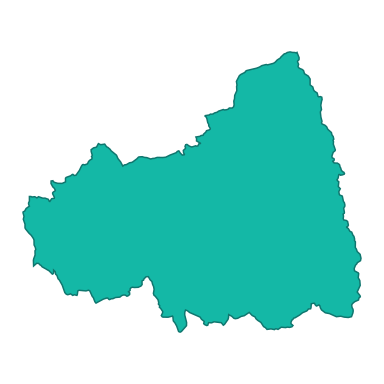 outline of Sanchez Carrion, La Libertad, Peru
{"feature_id": "86281439B60476418673944", "entity_name": "Sanchez Carrion", "entity_type": "district", "adm_level": 2, "iso_a3": "PER", "parent_name": "Peru", "parent_adm1": "La Libertad", "projection": "orthographic", "projection_center": [-77.93, -7.745], "detail": "fine", "context": "isolated", "style": "filled", "palette": "teal", "viewbox_px": 384, "rotation_deg": 0, "n_neighbors": 0, "source": "geoboundaries", "source_scale": "gbopen_adm2", "svg_char_len": 5965}
<svg xmlns="http://www.w3.org/2000/svg" viewBox="0 0 384 384"><path d="M297.0,52.4L296.3,53.0L294.9,52.5L292.3,52.4L290.1,51.9L287.2,52.5L286.0,53.4L284.2,53.9L281.0,56.9L280.3,58.0L277.2,60.0L275.3,62.1L273.5,63.3L267.5,64.9L266.2,64.5L261.9,65.6L259.4,67.1L256.5,68.2L246.8,70.5L245.6,71.2L244.9,72.4L240.9,74.4L239.4,75.6L236.4,81.4L237.0,85.2L236.6,86.4L236.8,90.7L234.7,95.4L234.5,98.8L233.8,101.1L234.1,104.9L233.6,106.8L232.3,108.0L229.3,108.0L228.1,109.2L226.6,109.7L224.5,110.0L223.3,109.5L218.4,111.2L217.4,112.1L214.4,113.0L213.2,113.9L211.7,114.2L210.4,114.1L209.1,115.0L205.3,115.6L205.0,116.0L206.2,117.1L206.9,118.7L207.7,122.5L208.8,124.6L208.7,125.8L210.3,128.5L210.1,129.3L209.2,129.9L206.5,130.7L205.8,132.1L203.5,134.2L203.1,135.3L201.1,135.5L200.0,136.3L195.9,137.0L196.6,138.7L196.5,140.9L200.4,143.2L200.4,143.5L198.8,143.9L198.0,145.8L196.7,146.2L195.7,145.8L191.8,147.0L189.5,146.2L186.9,144.4L185.7,144.7L185.0,146.4L185.5,147.8L185.3,148.6L183.3,150.4L183.6,153.0L184.4,154.2L184.3,154.7L182.3,155.1L180.3,153.1L178.9,150.9L178.6,150.9L177.3,151.4L176.2,152.7L170.2,155.0L165.7,157.2L162.8,157.5L157.2,157.4L153.9,158.5L153.2,158.3L150.7,159.0L146.8,157.6L144.5,157.4L142.2,156.7L139.3,156.9L138.5,157.1L136.9,158.8L132.2,162.3L129.5,162.8L126.4,164.6L124.4,164.9L122.8,166.1L120.6,161.9L117.9,158.5L116.5,155.2L111.0,150.7L110.2,149.4L108.0,147.5L106.5,146.7L104.7,144.1L100.7,144.7L98.4,143.6L96.5,147.1L93.5,147.9L91.1,149.7L91.2,151.6L92.3,155.3L91.5,156.6L92.1,157.6L91.8,159.1L90.2,159.9L88.6,161.4L87.5,163.8L84.7,164.9L83.2,164.5L82.5,164.7L81.4,166.2L79.4,170.4L76.0,175.2L74.1,175.5L73.0,174.4L72.4,174.4L70.6,175.8L66.2,177.4L65.5,178.2L65.5,181.9L62.1,183.4L57.6,183.3L54.6,182.4L53.3,181.6L52.9,180.7L51.1,181.0L51.0,183.5L52.8,186.9L54.3,188.3L55.3,190.2L55.1,190.8L53.0,192.3L52.6,193.0L52.7,193.9L54.4,197.3L54.3,198.3L51.7,198.7L49.8,201.5L49.3,201.3L48.3,199.3L45.0,198.1L42.9,198.2L38.5,196.7L36.9,197.9L34.8,196.7L31.9,197.0L31.0,196.5L29.4,196.5L29.4,201.1L28.5,203.1L28.7,204.6L29.4,206.1L26.1,208.5L24.6,211.2L23.2,211.8L23.0,212.7L24.0,216.4L23.3,219.2L25.0,224.2L25.0,227.6L25.3,228.6L28.9,233.1L31.3,235.4L33.5,238.7L34.0,240.1L34.1,245.0L35.1,246.9L35.8,249.4L35.0,250.8L35.1,255.0L33.7,258.8L33.4,260.3L33.6,266.0L36.7,263.3L38.6,263.4L40.0,264.9L40.9,265.3L42.1,266.8L49.1,270.8L52.3,274.1L52.7,274.1L53.6,273.1L53.6,270.1L55.2,271.6L55.7,274.3L56.9,275.3L58.1,278.8L59.4,280.1L62.2,285.1L64.8,292.5L65.8,293.8L66.7,294.4L67.6,294.7L68.7,294.5L70.5,293.8L72.8,295.4L74.3,294.7L76.9,295.4L77.3,294.7L77.8,291.0L78.2,290.6L79.2,290.3L86.0,290.9L88.6,290.2L89.8,290.9L92.3,296.5L93.3,297.6L94.9,301.8L96.0,303.1L103.4,299.1L106.5,298.1L107.8,298.1L108.9,299.4L109.6,299.6L111.1,298.8L112.9,298.7L115.5,297.5L119.9,297.1L121.7,295.6L123.4,295.0L125.3,295.1L126.9,296.2L127.9,295.9L129.6,294.6L129.7,292.9L128.5,291.8L130.1,290.5L130.1,288.9L130.6,288.1L132.2,287.2L134.4,287.5L138.2,287.3L140.9,286.1L142.1,284.6L142.0,281.6L142.3,280.6L143.5,280.2L143.9,279.0L146.0,276.8L148.3,276.6L150.1,279.8L151.9,281.5L152.6,284.4L153.6,286.6L154.1,289.4L153.4,293.4L154.0,295.3L155.2,296.2L158.0,299.7L158.7,302.6L158.4,304.1L159.7,305.7L159.4,307.3L160.5,308.2L162.7,311.5L162.6,312.8L161.3,315.6L162.3,316.9L163.1,317.1L168.1,317.2L172.5,316.1L172.9,316.9L173.3,320.9L175.0,323.0L176.7,326.1L178.6,331.5L179.6,332.0L180.3,332.1L181.4,331.5L186.5,325.7L186.6,322.5L184.7,314.9L184.8,312.2L185.5,310.0L187.4,310.7L189.6,312.5L200.1,317.1L201.5,319.3L204.2,321.4L203.7,323.6L204.5,324.5L206.6,325.5L207.7,325.3L208.6,322.7L211.7,322.8L214.0,321.8L221.3,322.7L223.3,325.2L224.5,324.4L228.0,319.4L228.5,317.6L228.7,314.6L231.8,316.3L233.9,318.3L235.3,318.7L237.7,318.3L241.2,316.4L244.3,315.7L249.2,312.4L252.2,315.5L255.0,316.9L256.0,318.8L257.8,320.4L260.9,322.4L263.6,326.6L265.4,327.6L267.0,329.4L271.0,328.9L274.5,329.6L275.3,328.9L276.7,328.9L278.0,329.4L281.3,327.2L285.6,327.6L287.5,327.1L289.5,327.4L291.9,326.8L293.0,325.5L291.0,323.7L291.0,322.3L291.9,320.1L292.7,319.6L293.8,318.1L295.0,317.8L299.7,315.0L302.6,312.7L306.2,311.2L307.2,310.6L308.4,309.0L310.6,308.8L311.0,307.7L311.3,303.7L314.1,303.2L314.6,303.4L315.1,304.7L316.4,306.0L317.9,305.5L318.5,305.0L319.1,305.0L319.8,305.7L320.4,307.9L321.5,309.9L325.3,312.8L329.5,313.6L336.4,316.7L340.8,316.2L344.1,317.1L348.2,317.5L351.5,316.7L352.9,312.9L353.2,310.9L353.0,309.3L352.0,307.4L351.7,304.8L352.6,303.5L354.7,301.7L358.5,300.0L358.9,298.1L360.3,296.8L360.0,295.6L357.2,292.0L360.2,285.4L359.8,280.6L358.2,277.7L358.7,273.7L358.3,272.9L354.5,270.8L354.2,268.5L355.5,265.2L356.9,263.7L357.3,262.7L360.5,260.7L361.0,258.3L360.1,254.3L357.2,251.6L356.4,249.2L355.3,247.5L355.4,241.8L354.5,240.5L354.6,239.0L353.9,236.3L353.0,235.3L351.7,232.1L350.0,231.4L348.3,228.6L346.7,227.4L346.7,226.9L347.6,226.6L348.4,225.1L347.6,221.5L346.4,220.5L343.8,220.0L343.2,218.7L343.5,216.2L343.1,214.1L344.3,213.2L344.4,212.2L343.7,208.4L344.2,207.1L344.7,206.7L344.9,205.1L344.4,202.8L343.4,201.3L342.3,196.1L339.6,194.9L339.3,194.4L338.8,191.7L340.3,188.7L338.3,186.6L338.8,181.8L337.6,180.8L337.0,179.8L338.1,178.1L338.8,174.6L339.7,174.5L340.5,175.2L342.4,174.9L344.2,174.2L344.5,173.5L343.8,172.2L342.6,171.7L341.3,170.1L340.7,168.0L339.9,166.5L339.7,165.0L338.9,164.1L337.3,163.1L334.2,163.0L332.7,161.4L333.0,160.9L334.0,160.6L334.2,159.2L333.9,158.6L332.2,157.8L331.9,156.1L333.2,152.3L335.1,150.7L335.3,149.8L333.3,144.1L333.5,141.7L333.0,140.2L333.8,139.2L333.2,136.6L331.9,134.7L331.4,132.5L327.8,129.3L326.6,126.7L324.9,125.2L322.1,124.0L321.5,122.9L322.0,121.3L320.9,117.1L320.4,112.4L320.5,111.5L321.5,109.6L320.8,105.3L321.6,101.0L322.1,99.6L321.8,97.2L320.5,96.6L318.7,96.8L318.0,96.3L317.2,93.0L314.4,91.1L313.6,89.9L312.8,87.0L310.1,84.9L310.1,79.0L308.3,76.1L304.5,73.7L303.5,70.5L302.1,69.4L299.4,68.3L298.4,67.3L298.0,66.4L298.6,64.3L297.5,61.8L297.7,60.9L299.0,59.7L299.1,57.7L297.0,52.4Z" fill="#14b8a6" stroke="#0f766e" stroke-width="1.5"/></svg>